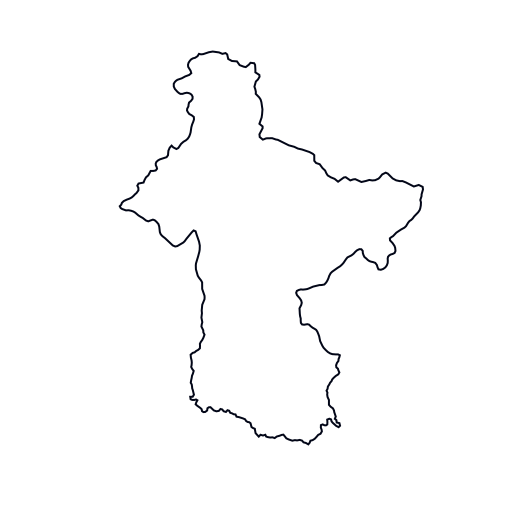 outline of São João do Paraíso, Minas Gerais, Brazil, rotated 34°
{"feature_id": "56859067B19392310685118", "entity_name": "São João do Paraíso", "entity_type": "district", "adm_level": 2, "iso_a3": "BRA", "parent_name": "Brazil", "parent_adm1": "Minas Gerais", "projection": "albers", "projection_center": [-41.967, -15.359], "detail": "fine", "context": "isolated", "style": "outline", "palette": "ink", "viewbox_px": 512, "rotation_deg": 34, "n_neighbors": 0, "source": "geoboundaries", "source_scale": "gbopen_adm2", "svg_char_len": 6139}
<svg xmlns="http://www.w3.org/2000/svg" viewBox="0 0 512 512"><g transform="rotate(34 256 256)"><path d="M95.7,120.3L95.8,123.0L94.7,125.7L93.2,127.4L92.3,129.2L92.0,131.1L92.0,133.4L92.7,135.5L94.0,137.1L98.2,139.0L100.1,140.6L99.4,143.2L96.9,146.7L95.1,150.2L92.3,153.9L91.7,155.5L91.4,157.1L91.5,159.2L93.1,161.5L95.4,162.9L99.0,163.8L100.9,164.0L102.6,163.9L104.4,162.7L105.7,161.0L107.4,159.3L109.3,158.5L111.0,158.2L112.6,158.4L114.4,159.4L115.5,161.2L115.4,163.7L114.7,166.2L115.4,168.1L116.3,169.8L116.6,172.4L117.4,173.9L119.0,174.8L121.3,175.6L124.0,175.3L126.7,175.5L128.2,177.4L128.9,179.8L129.5,182.7L130.4,185.4L132.7,190.2L133.3,192.1L133.8,194.4L133.8,197.0L133.2,199.3L132.0,201.8L131.2,204.9L131.2,209.9L130.2,211.8L126.7,212.2L124.3,211.7L123.9,214.4L124.5,217.7L126.7,221.7L126.6,224.1L122.3,229.6L121.3,231.6L120.8,233.8L121.2,235.5L122.3,236.9L123.8,237.7L125.2,239.0L125.0,241.2L123.4,242.8L121.1,244.4L121.6,249.4L120.8,252.3L121.1,255.3L121.7,258.0L118.1,261.6L118.3,264.1L120.3,265.2L121.8,267.3L121.7,270.7L121.2,272.4L120.8,274.8L120.2,277.0L119.1,279.1L117.3,281.6L115.6,284.5L115.1,287.0L115.6,288.8L115.2,290.9L117.0,291.9L118.7,291.9L122.7,290.9L124.8,289.3L127.2,288.3L129.5,287.7L131.6,287.6L135.8,288.1L138.6,288.0L140.8,287.8L145.0,288.1L147.3,287.5L148.7,285.5L150.2,283.5L152.0,283.0L154.4,283.3L157.3,284.1L159.4,285.8L162.9,289.9L164.4,291.0L166.0,291.6L167.6,291.9L170.6,292.1L181.1,293.8L183.7,293.3L185.2,291.8L188.2,285.5L188.6,283.6L188.7,280.6L189.5,272.3L190.0,269.7L192.1,269.3L194.7,271.4L197.1,273.2L200.8,276.0L202.4,277.6L203.6,278.8L205.8,282.3L206.7,284.3L208.2,288.6L210.4,295.7L211.3,297.4L213.6,300.6L218.7,304.9L220.6,305.8L224.2,307.0L226.1,308.0L229.8,313.4L235.6,317.8L236.7,319.3L237.5,320.7L238.7,326.5L241.5,331.6L243.2,333.7L245.2,337.6L248.5,340.9L249.3,343.2L250.2,345.0L253.8,347.1L255.1,348.8L257.3,350.0L258.1,353.2L258.4,355.7L258.3,358.2L258.6,360.2L259.7,361.6L261.1,363.9L260.6,366.1L259.5,368.2L259.0,370.2L257.7,371.7L257.0,374.4L258.9,376.7L261.0,378.6L262.4,380.3L263.7,382.6L264.3,384.2L266.2,385.3L268.6,386.1L269.5,388.9L269.9,391.0L270.8,392.9L271.7,395.2L272.8,397.6L274.5,398.4L275.9,399.9L277.1,401.4L278.7,402.6L282.1,405.7L282.2,408.1L280.2,409.5L281.9,411.3L283.6,411.0L285.3,409.9L286.5,408.5L288.1,408.4L288.3,410.6L288.9,412.7L291.0,413.0L294.9,413.1L296.6,413.4L298.0,414.8L299.7,414.8L301.1,413.7L301.9,411.4L300.9,409.4L301.5,407.8L302.8,406.8L307.4,407.6L310.0,406.9L311.8,405.2L312.1,402.7L313.8,402.1L316.0,402.8L318.3,402.1L318.6,399.8L320.3,399.3L322.3,400.4L324.3,399.8L326.0,399.7L327.6,398.8L329.7,400.1L332.0,399.1L336.1,397.9L338.3,397.5L340.0,398.3L341.8,398.3L343.3,397.6L345.0,397.7L347.9,400.3L349.7,400.3L351.6,399.9L354.7,403.1L359.3,404.2L359.7,401.7L362.2,400.9L363.7,399.0L365.4,400.0L366.9,399.6L369.2,398.6L371.1,397.1L373.3,396.5L374.2,394.0L376.1,391.8L377.3,390.0L378.6,388.8L380.7,389.4L383.1,390.2L385.7,389.8L389.4,388.8L391.2,386.9L393.2,385.9L395.1,384.0L397.4,383.3L399.6,383.9L401.9,383.1L404.7,382.9L404.9,380.8L404.4,378.7L405.9,377.0L406.9,374.7L407.3,372.2L407.6,369.5L408.9,367.3L408.7,364.6L407.5,363.3L405.7,362.0L404.4,359.9L405.5,358.3L407.3,358.1L408.7,357.3L409.3,355.8L408.1,353.8L406.5,351.8L407.8,349.9L409.6,349.5L411.2,350.9L413.0,351.4L417.4,352.0L420.2,351.7L420.6,349.7L418.6,347.9L416.0,348.9L414.4,347.1L412.4,346.9L411.9,344.5L408.2,341.7L407.1,340.5L405.0,339.3L402.1,339.2L399.7,338.6L397.0,334.6L394.2,332.9L392.5,331.1L391.6,329.3L389.8,328.2L389.6,326.1L388.6,324.0L388.6,321.7L388.3,319.6L388.6,317.5L388.2,315.8L388.5,313.6L389.2,310.8L390.4,308.1L390.2,305.9L388.2,304.7L386.9,303.6L384.9,303.4L383.5,301.8L382.9,299.4L383.0,296.9L382.1,295.3L381.7,293.3L381.0,291.4L379.0,291.7L377.3,292.9L374.1,294.7L371.9,295.3L369.2,295.4L366.6,295.0L363.4,294.3L361.2,293.3L356.8,290.7L353.2,287.2L351.1,285.7L349.1,284.4L347.2,283.6L345.4,283.6L343.0,283.8L340.3,283.6L338.5,283.2L336.7,283.8L334.3,286.1L332.5,287.0L330.7,286.4L329.3,284.7L328.0,282.8L326.4,281.4L324.8,279.6L321.3,275.0L320.9,271.4L320.1,269.2L318.3,267.6L315.9,266.6L311.8,265.5L309.9,264.1L309.4,262.1L310.5,260.2L311.9,258.6L313.6,257.7L315.3,256.3L316.9,254.8L318.2,253.0L320.5,249.4L324.8,244.7L326.7,243.3L328.6,241.4L329.0,238.7L328.9,236.4L328.5,234.0L327.8,231.5L327.5,228.6L327.9,226.5L330.3,220.1L331.5,217.4L332.1,214.9L332.4,212.8L332.4,208.4L332.6,206.0L334.8,202.1L335.6,199.7L336.0,196.9L336.6,194.7L337.9,192.5L339.6,191.5L341.6,192.1L342.9,193.8L344.7,195.2L346.5,196.2L348.8,196.4L350.9,196.8L352.9,196.8L354.7,196.3L356.4,195.6L358.7,195.0L361.3,195.9L363.1,197.4L365.0,198.6L367.2,197.6L368.7,195.6L369.6,193.1L369.7,190.7L369.1,188.2L367.9,186.2L366.6,184.5L365.9,182.8L366.1,181.1L366.8,179.5L368.2,177.8L369.2,176.0L368.8,173.8L366.8,171.4L365.2,170.2L362.0,168.9L358.4,168.1L357.1,166.5L357.7,164.6L358.5,162.9L359.3,158.2L361.4,153.0L363.2,149.5L363.7,147.4L363.5,143.3L363.7,141.2L364.5,139.3L364.9,137.4L365.0,134.7L366.0,129.1L366.0,126.5L365.5,124.6L364.4,122.0L362.7,119.2L360.9,117.7L359.8,113.9L358.8,112.3L357.2,107.4L355.5,105.5L351.2,106.1L348.0,110.1L339.1,111.2L335.5,112.0L333.4,113.5L329.9,114.9L325.9,115.3L319.2,114.0L316.9,114.4L315.0,117.8L314.7,121.6L314.3,123.4L312.4,126.5L310.2,128.3L307.4,129.6L305.2,132.3L302.0,135.7L295.3,136.8L293.7,138.2L291.9,140.6L286.3,140.5L284.9,141.8L282.5,148.5L278.0,148.1L274.1,148.9L270.4,149.1L268.1,148.1L265.5,146.5L261.9,145.9L257.5,144.3L253.8,145.3L251.1,144.5L247.9,139.8L246.0,139.5L242.2,139.9L234.5,142.0L230.7,143.5L226.6,144.1L221.3,145.9L209.1,147.5L207.3,148.3L203.5,149.3L198.7,152.7L196.6,155.7L192.6,155.3L190.8,153.2L190.0,146.3L189.0,144.9L184.9,144.5L183.2,138.0L181.8,135.1L179.4,130.9L174.5,125.5L172.3,123.7L169.9,122.7L165.1,121.7L164.1,120.0L162.1,118.1L160.0,116.5L158.3,111.4L158.9,108.6L158.7,105.4L157.5,104.0L152.8,104.1L151.1,101.6L148.4,98.1L146.7,97.2L143.4,98.9L143.1,101.4L141.9,105.1L140.0,105.9L135.7,106.9L131.4,105.3L127.0,107.8L122.8,108.2L119.4,105.0L117.3,104.8L115.1,107.2L111.5,107.9L105.8,110.7L103.0,113.4L99.3,118.2L97.6,119.6L95.7,120.3Z" fill="none" stroke="#020617" stroke-width="2"/></g></svg>